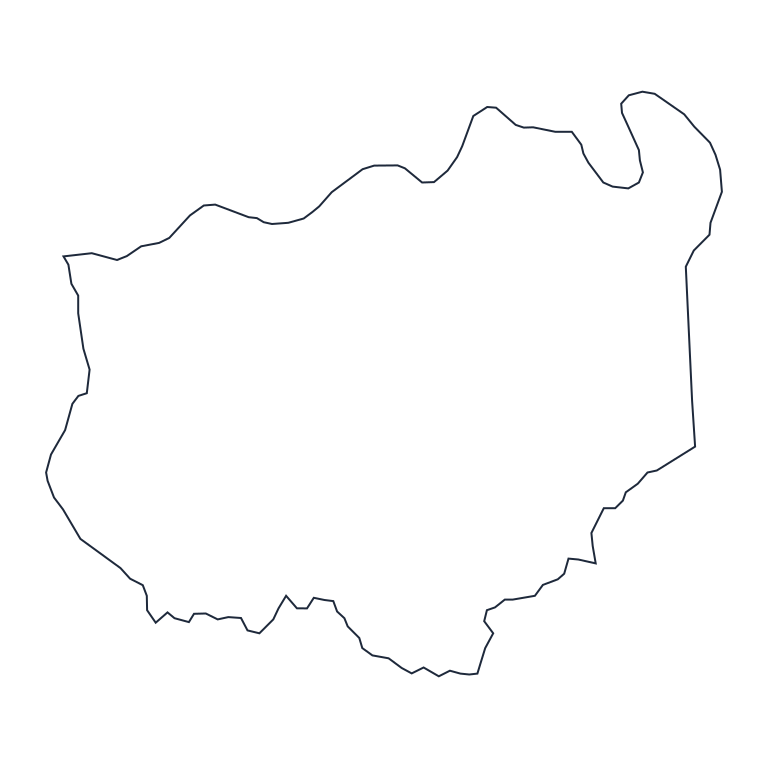 the district of Cambará, Paraná, Brazil
{"feature_id": "56859067B26074269833743", "entity_name": "Cambará", "entity_type": "district", "adm_level": 2, "iso_a3": "BRA", "parent_name": "Brazil", "parent_adm1": "Paraná", "projection": "mercator", "projection_center": [-50.083, -22.996], "detail": "fine", "context": "isolated", "style": "outline", "palette": "slate", "viewbox_px": 768, "rotation_deg": 0, "n_neighbors": 0, "source": "geoboundaries", "source_scale": "gbopen_adm2", "svg_char_len": 1845}
<svg xmlns="http://www.w3.org/2000/svg" viewBox="0 0 768 768"><path d="M256.9,218.1L248.7,217.2L215.2,204.6L203.8,205.5L190.0,215.4L169.3,237.9L159.1,242.9L141.2,246.3L126.8,256.1L117.0,260.0L91.8,253.2L63.5,256.4L68.4,264.7L71.4,283.8L78.2,295.6L78.2,313.3L83.4,348.7L86.8,360.2L89.6,369.6L86.8,393.2L78.4,395.9L72.4,403.8L65.1,430.1L51.0,454.5L46.1,472.5L47.6,480.8L54.0,497.5L63.0,509.4L80.4,538.9L120.5,568.1L130.1,578.7L142.8,585.2L146.8,595.8L147.1,610.2L155.7,622.7L167.5,612.4L174.5,618.2L188.9,622.1L194.0,613.8L205.8,613.5L217.7,619.4L228.3,617.1L241.0,618.0L247.5,630.4L259.4,633.3L273.3,619.4L278.5,608.4L286.1,595.8L296.9,608.3L307.0,608.4L313.8,597.8L324.5,600.0L333.3,601.1L337.1,611.5L344.4,618.2L347.7,626.4L359.3,638.0L362.3,648.1L372.4,655.4L388.6,658.3L401.7,668.0L411.7,673.4L423.6,667.5L438.8,676.3L449.9,670.7L460.4,673.6L469.3,674.5L477.4,673.6L480.4,663.7L485.2,648.1L493.2,633.3L484.2,621.2L486.9,610.2L495.0,607.4L504.8,599.6L512.7,599.6L534.9,595.8L542.9,584.9L557.8,579.3L564.2,573.7L568.5,558.6L578.3,559.5L595.7,563.4L592.7,546.0L591.4,533.0L603.8,508.2L615.2,508.2L622.9,500.6L625.8,492.3L637.8,483.7L647.5,472.5L656.8,470.5L695.1,446.6L692.1,400.9L685.8,266.7L693.8,250.5L709.5,234.7L710.5,222.8L721.9,191.8L720.1,169.7L715.5,154.8L710.0,142.7L694.3,126.7L684.2,114.3L654.7,93.8L642.4,91.7L628.8,95.3L621.2,103.7L622.0,112.9L627.5,124.9L638.9,150.1L639.9,160.4L642.9,172.4L638.9,182.5L628.3,188.4L612.6,186.6L603.3,182.5L588.4,162.7L583.4,153.5L581.3,144.7L571.8,131.8L555.3,131.8L533.1,127.3L523.8,127.6L515.7,124.9L496.1,107.7L487.2,107.0L473.3,116.0L462.2,146.2L457.1,157.1L447.6,170.6L434.0,182.1L422.1,182.5L404.9,168.3L397.6,165.4L374.2,165.6L362.6,169.2L331.7,192.2L319.2,206.4L312.4,212.0L303.7,218.5L288.3,222.8L272.0,224.0L263.7,222.2L256.9,218.1Z" fill="none" stroke="#1e293b" stroke-width="2"/></svg>